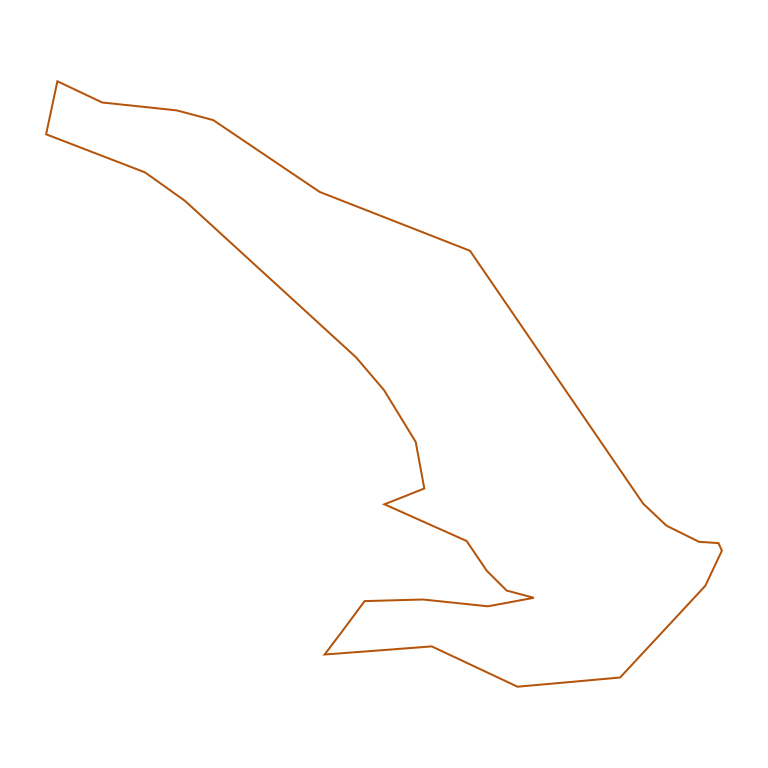 outline of Trieste
{"feature_id": "ITA-5458", "entity_name": "Trieste", "entity_type": "Province", "adm_level": 1, "iso_a3": "ITA", "parent_name": "Italy", "parent_adm1": "", "projection": "robinson", "projection_center": [13.755, 45.694], "detail": "fine", "context": "isolated", "style": "outline", "palette": "amber", "viewbox_px": 768, "rotation_deg": 0, "n_neighbors": 0, "source": "natural_earth", "source_scale": "10m", "svg_char_len": 554}
<svg xmlns="http://www.w3.org/2000/svg" viewBox="0 0 768 768"><path d="M57.4,81.3L102.2,102.5L176.8,110.4L213.2,120.1L299.0,178.0L319.8,192.0L470.0,250.8L643.1,503.6L666.5,525.7L699.0,541.8L718.5,543.1L719.6,545.6L721.9,550.7L705.3,585.8L663.8,630.5L620.1,677.5L517.5,686.7L431.7,646.4L324.6,654.5L339.8,634.5L364.6,601.1L422.9,599.5L487.8,606.3L533.9,597.8L506.7,590.6L486.9,570.9L466.6,541.0L384.4,504.3L424.3,488.5L415.7,441.9L384.0,390.1L356.1,357.4L184.9,200.8L145.0,172.4L46.1,134.3L57.4,81.3Z" fill="none" stroke="#b45309" stroke-width="2"/></svg>